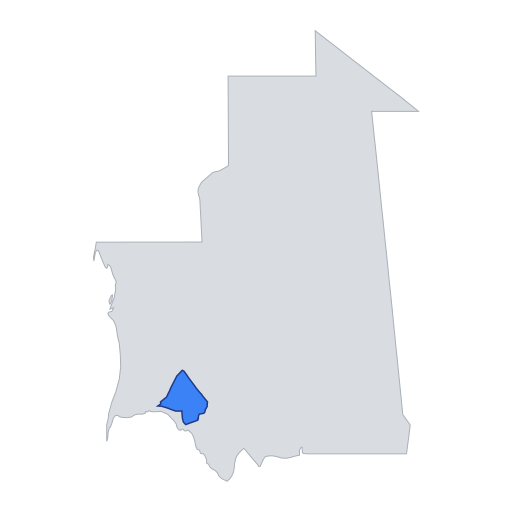 Aleg, Brakna, Mauritania shown in context
{"feature_id": "47542326B53604404291210", "entity_name": "Aleg", "entity_type": "district", "adm_level": 2, "iso_a3": "MRT", "parent_name": "Mauritania", "parent_adm1": "Brakna", "projection": "equal_earth", "projection_center": [-13.702, 17.041], "detail": "fine", "context": "in_parent", "style": "filled", "palette": "blue", "viewbox_px": 512, "rotation_deg": 0, "n_neighbors": 0, "source": "geoboundaries", "source_scale": "gbopen_adm2", "svg_char_len": 4157}
<svg xmlns="http://www.w3.org/2000/svg" viewBox="0 0 512 512"><path d="M222.4,478.9L221.8,478.7L218.9,476.0L217.5,472.9L215.2,470.5L212.1,468.9L210.0,467.1L209.0,465.1L207.9,463.8L206.6,463.1L206.5,462.3L206.8,461.3L206.5,459.5L204.7,455.4L202.9,453.5L201.5,453.8L200.6,453.3L200.1,452.4L199.9,451.0L198.9,449.9L197.2,449.4L195.8,446.3L194.7,440.7L193.3,436.3L191.6,433.2L190.4,432.0L189.5,431.8L189.2,431.3L189.0,430.4L187.7,430.1L185.8,431.0L184.2,430.7L183.3,429.2L182.2,429.1L180.8,430.3L179.2,430.0L177.4,428.0L176.5,426.0L176.3,424.0L173.3,420.1L167.5,414.2L161.1,411.4L154.2,411.8L150.4,411.5L149.6,410.6L148.7,410.7L147.9,411.7L147.0,412.0L146.0,411.4L145.4,411.8L145.2,413.3L142.7,414.1L138.1,414.1L134.4,415.0L131.6,416.9L127.6,417.7L122.4,417.4L119.3,416.7L118.2,415.6L116.7,415.4L114.8,416.0L113.1,418.9L111.6,424.1L110.3,427.2L109.3,427.9L108.2,431.8L107.6,438.4L106.7,441.3L106.7,424.9L108.2,418.8L108.7,413.4L112.0,401.6L115.8,391.9L119.3,379.0L120.7,366.6L120.3,354.4L119.3,343.6L117.6,336.4L116.0,326.1L113.5,320.6L108.9,315.9L107.9,313.1L109.0,312.1L111.8,311.4L113.6,307.7L109.8,309.1L114.2,297.7L115.6,290.0L115.4,285.0L116.3,281.8L113.0,275.1L110.5,266.5L109.2,265.2L107.8,264.5L107.7,266.5L106.9,268.3L105.3,267.2L102.5,261.0L98.6,250.9L97.2,249.9L96.1,251.3L95.3,252.6L93.9,261.0L93.5,257.7L94.1,253.7L95.2,248.9L96.3,242.2L99.7,242.2L105.9,242.2L118.2,242.2L124.3,242.1L136.6,242.1L142.7,242.1L155.0,242.1L161.2,242.1L173.4,242.1L179.6,242.1L191.9,242.0L198.0,242.0L202.0,242.0L201.8,237.2L201.6,233.5L201.3,228.4L201.1,223.3L200.8,218.3L200.6,213.5L200.3,208.8L200.1,204.4L199.9,200.4L199.5,198.0L198.2,193.4L198.0,191.2L198.3,188.8L199.2,186.5L201.5,182.3L205.1,179.1L209.3,175.5L212.5,172.7L214.1,172.0L219.0,171.0L222.9,168.9L226.7,166.8L228.3,165.7L228.5,161.8L228.1,76.1L246.7,76.1L251.7,76.1L286.0,76.1L290.9,76.1L315.9,76.1L315.9,72.0L315.8,66.3L315.6,58.4L315.5,50.5L315.3,36.6L315.2,30.7L320.2,34.6L330.2,42.4L335.2,46.2L345.2,54.0L355.2,61.8L365.3,69.6L370.3,73.5L375.3,77.4L380.4,81.3L385.4,85.2L395.5,93.0L399.8,96.2L406.3,101.5L412.4,106.4L418.5,111.4L409.2,111.4L396.8,111.4L388.4,111.4L379.7,111.4L371.6,111.4L372.5,119.5L373.4,128.3L374.3,137.1L375.3,146.0L376.2,154.8L379.0,181.4L379.9,190.3L380.8,199.2L381.7,208.1L382.7,217.0L384.5,234.8L385.4,243.8L386.4,252.7L387.3,261.6L388.2,270.6L389.1,279.6L391.0,297.5L391.9,306.5L392.8,315.5L393.7,324.5L394.6,333.5L395.5,342.5L396.4,351.5L397.4,360.6L399.2,378.7L400.1,387.7L401.0,396.8L401.9,405.8L402.8,414.6L406.1,419.2L410.2,425.0L409.2,433.2L407.9,443.1L406.5,453.8L395.2,453.8L384.1,453.8L356.4,453.8L350.8,453.8L323.1,453.8L317.5,453.8L306.8,453.8L303.6,453.5L302.5,452.7L302.0,447.2L301.1,447.5L300.0,449.1L299.4,450.9L299.6,453.2L299.5,455.2L295.9,455.9L291.1,457.3L286.0,458.3L280.9,457.9L279.2,457.4L277.3,456.7L273.2,455.9L271.0,455.8L268.5,456.0L265.5,456.5L264.5,457.5L262.3,461.6L260.1,466.4L258.7,466.4L257.0,463.8L252.6,458.8L247.2,452.3L244.8,449.1L243.5,448.6L240.9,451.0L238.8,453.2L236.5,456.4L235.5,459.4L234.7,463.0L234.3,467.2L233.5,472.1L231.7,476.1L229.5,479.1L227.8,480.5L227.2,481.3L222.4,478.9ZM111.8,300.7L110.0,304.2L109.3,302.8L109.0,300.5L110.6,297.2L111.3,295.5L112.6,294.9L111.8,300.7Z" fill="#d9dde1" stroke="#a8b0b8" stroke-width="1"/><path d="M207.5,401.9L202.8,396.2L201.6,394.4L199.9,392.6L198.3,390.7L197.2,389.3L196.0,387.9L195.6,387.2L190.6,380.5L188.3,377.4L187.1,375.5L186.0,374.0L185.2,372.9L183.9,371.1L182.2,370.3L178.6,374.2L176.9,375.9L171.0,387.4L170.8,388.0L170.3,388.9L170.1,389.6L170.0,389.9L169.7,390.5L169.4,391.3L169.0,391.9L168.8,392.3L168.3,393.3L166.6,397.0L160.5,401.9L160.8,403.9L157.8,406.0L161.0,406.2L161.6,406.2L162.6,406.6L163.4,406.8L164.3,407.1L165.9,407.5L166.9,407.9L168.3,408.3L169.2,408.7L171.1,409.5L172.2,409.8L173.7,410.4L175.9,411.1L177.0,411.0L178.1,411.1L181.8,411.0L182.4,418.2L183.4,422.1L184.6,423.4L185.7,424.6L186.8,424.2L189.7,423.1L196.7,420.6L197.7,420.2L197.7,419.0L198.3,418.9L198.5,415.6L199.5,414.1L203.7,413.3L204.0,413.1L204.7,412.2L205.3,410.4L205.3,409.6L206.3,408.1L207.1,406.6L207.2,405.0L207.3,403.3L207.5,401.9Z" fill="#3b82f6" stroke="#1e3a8a" stroke-width="1.5"/></svg>